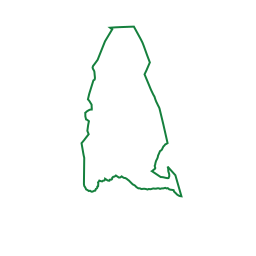 São Gabriel, Bahia, Brazil, rotated 138°
{"feature_id": "56859067B65546405252248", "entity_name": "São Gabriel", "entity_type": "district", "adm_level": 2, "iso_a3": "BRA", "parent_name": "Brazil", "parent_adm1": "Bahia", "projection": "equal_earth", "projection_center": [-41.646, -11.04], "detail": "fine", "context": "isolated", "style": "outline", "palette": "green", "viewbox_px": 256, "rotation_deg": 138, "n_neighbors": 0, "source": "geoboundaries", "source_scale": "gbopen_adm2", "svg_char_len": 2710}
<svg xmlns="http://www.w3.org/2000/svg" viewBox="0 0 256 256"><g transform="rotate(138 128 128)"><path d="M55.8,199.4L59.0,202.1L67.4,209.1L70.1,211.3L74.2,214.5L74.0,213.3L73.7,211.9L87.1,207.8L102.3,200.3L104.9,199.0L110.1,197.9L112.4,197.5L113.8,196.7L114.4,195.6L114.8,193.8L115.1,192.7L115.7,191.8L117.3,189.7L118.1,188.6L119.1,187.3L120.4,186.3L121.9,186.5L133.0,179.9L134.3,179.1L138.6,176.1L138.6,174.9L138.7,173.5L139.0,172.1L139.2,171.0L139.4,169.8L140.1,168.9L140.9,168.0L141.7,166.9L142.6,166.0L143.4,166.7L144.3,167.2L145.0,167.4L146.0,167.6L147.0,167.8L147.9,167.9L148.7,167.8L149.6,167.9L150.4,166.9L151.9,165.2L153.4,162.4L152.9,161.5L152.5,159.2L155.6,156.9L160.1,153.1L161.4,149.7L167.1,148.7L168.5,148.4L172.7,147.8L178.8,138.1L179.4,137.1L180.5,135.1L198.3,115.8L199.3,114.2L199.5,112.8L199.8,111.5L200.2,110.4L199.6,108.9L199.3,107.4L198.2,106.8L197.8,105.2L197.0,104.5L195.8,104.1L194.9,103.9L194.2,103.4L192.7,104.2L191.6,104.0L190.7,104.2L190.0,105.0L189.1,104.8L188.2,105.7L187.3,106.5L186.7,107.6L185.6,107.7L184.5,108.1L183.7,106.6L182.9,105.6L181.7,105.5L180.8,104.9L179.8,104.9L179.0,105.6L178.7,104.5L178.4,103.2L178.0,102.2L177.1,101.3L176.2,101.8L175.5,101.3L174.8,100.7L173.9,100.8L172.9,101.6L171.6,101.6L170.7,101.0L169.7,100.8L168.8,100.8L168.4,99.1L167.9,97.2L166.7,96.4L165.1,96.3L164.8,94.8L164.3,93.5L163.5,92.6L163.0,91.2L162.8,89.8L162.5,88.5L162.4,86.4L162.3,84.5L162.2,82.9L161.7,81.7L161.3,80.3L161.3,78.5L160.7,76.3L159.6,75.3L159.2,74.3L158.6,73.4L157.6,72.8L156.6,72.0L155.6,70.8L154.6,69.2L153.4,68.8L152.3,67.5L151.2,66.9L150.3,66.5L149.4,65.9L148.7,65.0L147.7,64.1L146.5,63.5L145.5,62.6L144.9,61.3L144.0,60.9L143.2,60.4L142.2,59.5L140.4,58.6L139.8,57.3L138.7,56.7L138.4,54.8L137.6,53.6L136.7,52.6L135.7,51.3L136.3,50.0L136.2,48.5L136.1,47.1L136.1,45.9L135.8,44.7L135.5,43.7L135.0,42.7L134.0,41.5L124.4,61.2L124.4,72.8L125.0,71.5L125.7,70.4L126.5,69.5L127.2,68.5L127.7,67.3L128.3,66.1L129.1,65.1L129.8,64.4L130.6,64.1L131.4,63.7L132.3,64.4L132.9,65.2L133.6,66.1L134.2,67.0L134.9,68.0L135.8,69.0L136.5,69.6L139.1,79.9L138.2,79.7L137.0,79.9L135.8,79.6L134.5,80.0L134.0,81.1L133.5,82.0L132.3,82.6L131.2,83.5L130.4,84.0L129.5,84.6L128.1,85.2L126.7,85.7L125.4,86.4L124.1,87.4L122.9,87.9L122.0,88.3L119.7,89.4L118.3,89.2L117.1,89.3L116.3,89.7L115.0,90.2L114.0,90.6L112.7,90.6L111.4,90.9L110.0,90.5L108.7,90.3L100.2,105.5L99.3,107.1L91.5,121.5L91.1,122.6L90.8,123.8L90.4,125.3L89.9,126.9L89.5,128.4L88.8,130.3L88.3,131.5L87.8,132.6L87.3,133.7L87.1,134.9L86.7,136.5L85.4,140.9L84.6,143.2L83.8,145.4L79.8,156.8L75.7,158.5L67.9,162.1L65.1,169.3L61.5,178.1L60.1,181.8L59.2,185.1L58.8,186.7L58.4,188.4L55.8,199.4Z" fill="none" stroke="#15803d" stroke-width="2"/></g></svg>